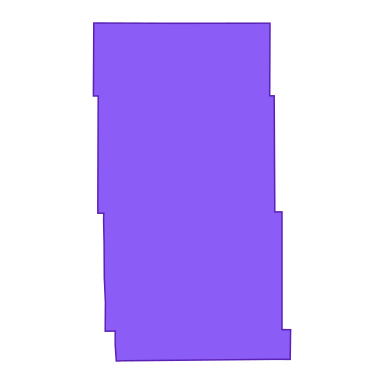 Sheridan, Nebraska, United States of America (Albers equal-area conic projection)
{"feature_id": "52423323B83294876539850", "entity_name": "Sheridan", "entity_type": "district", "adm_level": 2, "iso_a3": "USA", "parent_name": "United States of America", "parent_adm1": "Nebraska", "projection": "albers", "projection_center": [-102.456, 42.502], "detail": "fine", "context": "isolated", "style": "filled", "palette": "violet", "viewbox_px": 384, "rotation_deg": 0, "n_neighbors": 0, "source": "geoboundaries", "source_scale": "gbopen_adm2", "svg_char_len": 432}
<svg xmlns="http://www.w3.org/2000/svg" viewBox="0 0 384 384"><path d="M275.5,359.3L290.2,359.4L290.6,329.7L282.0,329.6L282.0,211.9L274.8,211.9L274.2,95.8L269.7,95.8L270.0,23.2L181.1,23.3L169.5,23.3L93.8,23.0L93.4,96.0L98.2,96.0L97.8,213.2L103.8,213.2L103.6,220.6L104.1,243.0L104.3,277.7L105.4,302.2L105.2,331.2L115.2,331.1L115.2,345.2L116.3,361.0L121.4,360.8L275.5,359.3Z" fill="#8b5cf6" stroke="#5b21b6" stroke-width="1.5"/></svg>